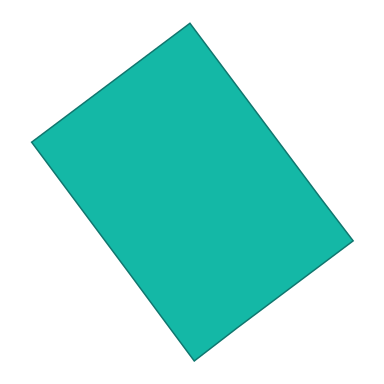 Clay, Kansas, United States of America, rotated 323°
{"feature_id": "52423323B796635822074", "entity_name": "Clay", "entity_type": "district", "adm_level": 2, "iso_a3": "USA", "parent_name": "United States of America", "parent_adm1": "Kansas", "projection": "orthographic", "projection_center": [-97.195, 39.349], "detail": "fine", "context": "isolated", "style": "filled", "palette": "teal", "viewbox_px": 384, "rotation_deg": 323, "n_neighbors": 0, "source": "geoboundaries", "source_scale": "gbopen_adm2", "svg_char_len": 283}
<svg xmlns="http://www.w3.org/2000/svg" viewBox="0 0 384 384"><g transform="rotate(323 192 192)"><path d="M93.9,55.7L93.0,219.2L92.5,273.8L92.1,328.3L146.4,327.7L290.4,328.0L291.3,328.0L291.0,273.0L291.9,56.0L93.9,55.7Z" fill="#14b8a6" stroke="#0f766e" stroke-width="1.5"/></g></svg>